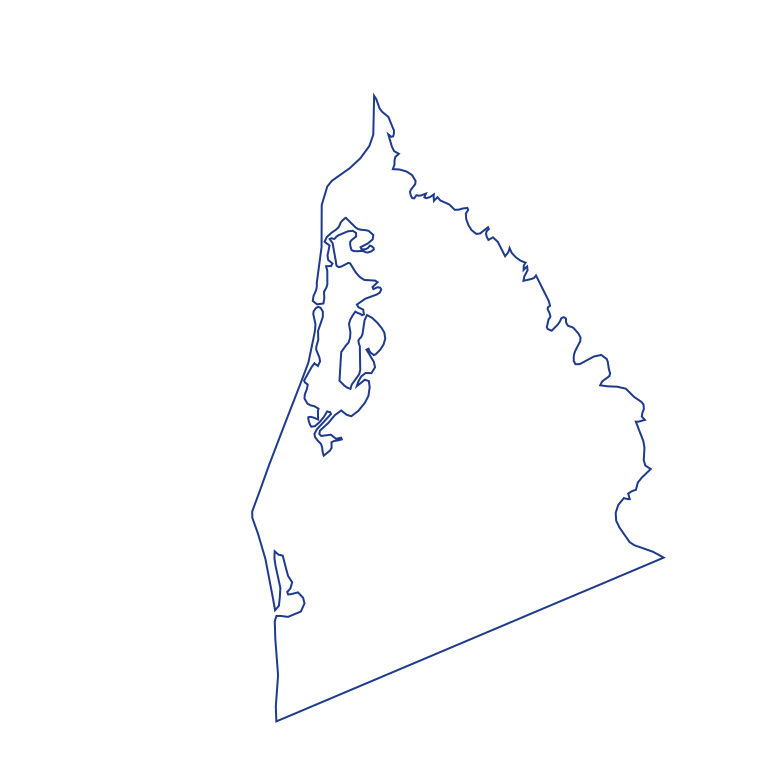 an SVG outline of Gracias a Dios, rotated 247°
{"feature_id": "HND-640", "entity_name": "Gracias a Dios", "entity_type": "Department", "adm_level": 1, "iso_a3": "HND", "parent_name": "Honduras", "parent_adm1": "", "projection": "natural_earth1", "projection_center": [-83.951, 15.304], "detail": "fine", "context": "isolated", "style": "outline", "palette": "blue", "viewbox_px": 768, "rotation_deg": 247, "n_neighbors": 0, "source": "natural_earth", "source_scale": "10m", "svg_char_len": 5314}
<svg xmlns="http://www.w3.org/2000/svg" viewBox="0 0 768 768"><g transform="rotate(247 384 384)"><path d="M119.4,570.1L114.9,573.6L114.9,573.3L115.0,492.9L115.1,463.3L115.5,153.1L129.6,158.5L157.3,172.7L192.0,184.4L208.4,190.8L212.5,194.4L210.7,198.6L207.1,204.7L207.1,210.0L207.0,218.5L213.1,225.1L218.8,226.0L225.8,223.4L226.8,216.6L227.7,213.5L230.4,213.7L232.3,217.9L237.4,222.0L244.7,220.7L251.5,221.6L265.6,223.7L268.1,220.2L272.7,218.0L266.6,215.1L259.4,213.2L236.7,208.9L228.1,204.6L220.9,200.6L218.3,195.3L229.9,198.0L269.4,206.5L295.2,209.5L312.3,210.5L318.1,212.8L333.7,227.5L354.8,247.0L386.1,277.2L416.4,306.7L433.3,322.8L455.3,338.1L460.6,341.6L465.9,344.3L476.0,346.2L478.5,347.7L480.5,351.0L480.7,353.6L478.8,355.4L474.5,356.0L469.5,353.8L458.6,344.0L450.4,340.8L445.0,336.4L442.3,335.0L433.6,334.9L429.8,334.0L426.4,330.2L427.7,329.6L429.0,328.6L430.3,328.1L427.8,323.9L418.4,311.8L416.4,311.8L413.3,313.6L409.4,311.0L405.4,307.1L401.7,305.1L395.8,305.9L393.1,308.0L391.0,311.0L386.9,314.1L385.1,312.7L377.1,309.5L380.8,305.8L382.4,303.7L383.0,301.5L381.7,300.7L378.6,300.2L375.2,300.0L373.0,300.5L372.2,304.1L374.1,309.9L377.4,316.1L381.0,321.0L380.3,321.8L380.0,322.0L379.7,322.4L379.1,323.5L377.1,323.5L368.5,304.5L365.3,300.5L362.1,299.8L358.3,300.7L353.4,302.6L350.0,302.3L345.0,300.9L341.6,300.5L343.8,308.2L345.7,310.8L350.9,312.9L351.0,315.7L350.1,319.5L349.5,323.5L351.4,323.5L352.3,318.4L358.1,315.3L360.7,305.9L363.4,304.9L366.1,306.8L370.0,317.8L374.6,326.7L376.3,334.3L370.2,337.6L367.1,341.3L369.3,349.9L374.2,359.1L379.1,365.0L386.5,369.5L392.6,371.2L395.4,368.0L392.6,358.1L396.5,361.6L399.9,366.1L401.3,371.3L398.9,376.7L402.9,382.3L408.4,383.3L422.5,381.3L422.5,383.6L419.7,383.5L417.8,384.1L414.6,385.9L414.6,388.0L417.0,393.8L420.5,399.0L425.3,402.9L431.3,404.4L436.5,403.7L443.2,401.7L449.7,398.8L454.1,395.2L450.4,391.1L438.2,383.6L436.1,381.3L435.2,379.1L434.0,377.4L431.3,376.7L428.2,376.5L406.2,367.6L402.7,365.0L396.0,354.0L392.6,351.2L395.2,348.6L398.0,346.9L404.4,344.3L430.1,357.1L434.3,363.9L435.9,367.5L439.8,370.8L444.7,373.3L452.9,375.2L456.3,378.0L459.2,381.7L461.8,385.9L459.8,387.4L457.5,389.8L455.9,390.6L455.9,392.7L460.6,393.9L464.6,390.5L467.7,390.1L469.8,400.0L469.2,412.5L469.8,415.9L471.9,418.3L474.1,418.2L475.6,415.8L475.5,411.3L477.7,411.3L480.2,417.9L482.6,416.3L487.5,406.5L491.9,403.5L497.9,401.5L508.2,400.0L509.4,398.4L508.8,390.7L509.3,388.0L511.2,386.6L513.0,386.8L515.2,387.5L533.8,391.7L538.7,390.6L538.7,392.7L537.0,394.7L537.2,396.0L538.1,397.5L538.7,400.0L538.7,410.2L537.2,415.2L533.9,417.3L530.6,415.9L529.1,410.2L528.0,408.4L525.5,407.3L522.6,406.7L520.1,406.5L518.3,407.9L516.8,410.9L515.0,415.9L513.7,417.6L512.4,418.7L511.4,420.4L511.1,424.0L511.7,427.1L513.4,427.6L515.3,426.7L516.9,425.1L515.5,422.3L515.2,420.1L515.8,418.1L516.9,415.9L519.1,415.9L519.7,424.2L521.6,430.1L525.3,432.4L530.9,429.7L532.4,427.8L535.1,422.9L536.8,420.7L539.0,419.1L551.9,413.8L551.8,412.6L550.5,409.0L549.3,406.9L547.7,405.4L546.0,403.4L544.8,400.0L543.8,395.2L541.7,388.8L538.1,384.9L532.8,388.0L524.3,382.2L520.0,381.1L515.0,383.6L513.2,381.3L513.8,380.1L515.0,376.7L510.3,376.0L497.9,370.8L495.3,368.7L492.3,364.8L486.3,362.6L481.8,359.7L483.5,353.5L488.3,350.9L492.7,353.6L496.8,358.1L500.2,360.4L503.3,361.6L534.4,380.0L573.1,396.6L588.0,409.0L591.4,415.4L596.1,437.0L601.1,450.6L608.8,463.5L617.6,471.5L653.1,487.5L649.3,488.2L639.6,487.6L635.6,488.5L628.0,492.4L615.2,492.2L614.0,492.4L610.5,490.9L608.4,489.2L608.6,487.4L612.1,485.5L599.4,484.0L594.4,484.3L590.1,487.6L588.6,483.1L585.6,481.0L581.9,479.4L578.3,476.1L575.5,481.9L571.0,487.6L565.2,491.5L558.5,492.4L555.8,490.8L552.3,484.7L550.8,483.0L547.0,482.3L544.1,482.6L543.1,484.3L545.1,487.6L543.6,489.8L543.1,491.9L542.9,497.0L540.1,494.1L538.5,495.5L538.1,499.4L539.0,503.9L537.4,503.0L533.1,501.6L533.7,502.7L534.5,505.1L535.1,506.2L530.9,507.6L523.8,514.2L516.7,517.2L515.3,520.8L514.7,525.4L513.5,529.5L511.3,529.5L508.9,525.9L503.6,524.1L497.2,523.8L491.5,524.7L486.1,527.6L485.0,531.3L487.7,541.0L485.6,541.0L484.5,538.1L482.4,536.6L479.4,536.1L475.8,536.4L476.4,541.6L470.4,544.3L454.3,545.4L456.4,549.4L457.8,551.0L460.0,552.7L454.7,552.8L449.0,554.9L443.9,558.1L440.4,561.7L438.7,559.3L437.7,558.5L436.6,558.1L434.5,557.1L435.9,560.3L436.3,561.7L432.6,560.6L428.0,555.0L424.5,552.7L423.1,560.5L423.0,563.6L424.5,566.3L396.0,568.1L391.1,567.4L390.5,564.8L389.0,563.9L384.2,564.0L381.2,563.6L380.1,562.4L379.3,560.8L372.7,556.1L370.6,556.2L367.5,559.2L370.8,567.2L372.8,570.3L375.3,573.0L375.3,575.6L373.4,577.0L372.1,576.8L370.8,576.0L368.4,575.6L365.7,576.2L364.3,577.6L363.1,579.2L361.4,580.4L354.4,582.7L350.2,583.1L346.7,581.4L339.9,573.1L337.6,571.0L335.0,569.3L331.1,567.7L327.4,568.0L325.8,572.0L327.3,587.8L325.9,595.3L319.9,598.8L316.8,598.6L309.8,596.8L305.4,596.3L303.2,594.5L301.1,585.7L298.3,582.5L294.5,588.9L290.5,597.4L285.2,604.8L274.5,609.1L267.0,613.9L263.8,614.9L259.4,613.4L256.4,610.5L253.4,608.6L249.0,610.1L249.9,603.5L250.9,601.1L229.9,600.4L223.4,598.8L212.3,593.3L206.8,592.7L201.5,596.3L197.1,584.7L194.1,579.1L188.2,574.6L188.5,570.1L187.7,566.0L182.0,565.2L182.2,564.5L184.4,561.2L185.3,560.3L181.1,552.3L174.8,546.9L167.3,544.3L159.7,544.7L142.5,548.3L137.8,551.4L124.6,565.9L119.4,570.1Z" fill="none" stroke="#1e3a8a" stroke-width="2"/></g></svg>